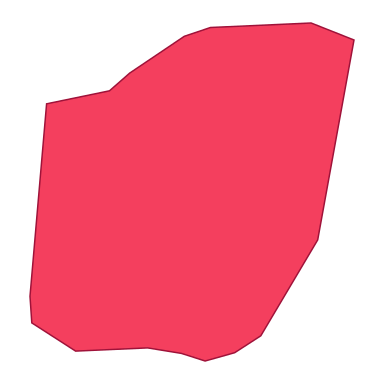 SVG path tracing the border of Grad
{"feature_id": "SVN-202", "entity_name": "Grad", "entity_type": "Municipality", "adm_level": 1, "iso_a3": "SVN", "parent_name": "Slovenia", "parent_adm1": "", "projection": "robinson", "projection_center": [16.093, 46.798], "detail": "fine", "context": "isolated", "style": "filled", "palette": "rose", "viewbox_px": 384, "rotation_deg": 0, "n_neighbors": 0, "source": "natural_earth", "source_scale": "10m", "svg_char_len": 325}
<svg xmlns="http://www.w3.org/2000/svg" viewBox="0 0 384 384"><path d="M354.0,40.0L317.7,239.9L260.8,335.8L234.7,352.7L205.1,361.0L181.4,353.4L147.6,347.9L75.6,351.1L31.8,322.9L30.0,296.3L46.6,103.8L109.5,90.8L129.8,73.0L184.3,36.3L210.4,27.5L311.1,23.0L354.0,40.0Z" fill="#f43f5e" stroke="#9f1239" stroke-width="1.5"/></svg>